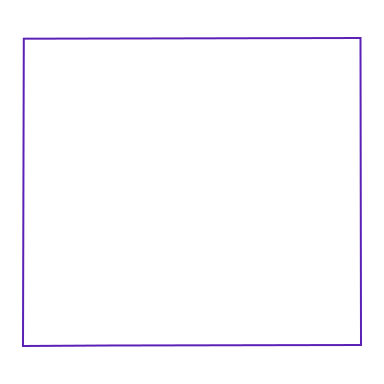 Cherokee, Iowa, United States of America
{"feature_id": "52423323B93733047686760", "entity_name": "Cherokee", "entity_type": "district", "adm_level": 2, "iso_a3": "USA", "parent_name": "United States of America", "parent_adm1": "Iowa", "projection": "robinson", "projection_center": [-95.604, 42.735], "detail": "fine", "context": "isolated", "style": "outline", "palette": "violet", "viewbox_px": 384, "rotation_deg": 0, "n_neighbors": 0, "source": "geoboundaries", "source_scale": "gbopen_adm2", "svg_char_len": 194}
<svg xmlns="http://www.w3.org/2000/svg" viewBox="0 0 384 384"><path d="M360.5,38.0L23.8,38.7L23.0,346.0L107.8,345.5L361.0,345.0L360.5,38.0Z" fill="none" stroke="#5b21b6" stroke-width="2"/></svg>